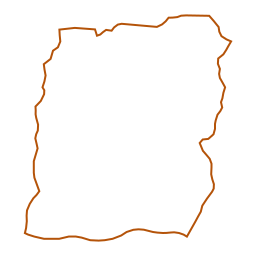 Arandu, São Paulo, Brazil
{"feature_id": "56859067B50939069677947", "entity_name": "Arandu", "entity_type": "district", "adm_level": 2, "iso_a3": "BRA", "parent_name": "Brazil", "parent_adm1": "São Paulo", "projection": "mercator", "projection_center": [-49.058, -23.176], "detail": "fine", "context": "isolated", "style": "outline", "palette": "amber", "viewbox_px": 256, "rotation_deg": 0, "n_neighbors": 0, "source": "geoboundaries", "source_scale": "gbopen_adm2", "svg_char_len": 1551}
<svg xmlns="http://www.w3.org/2000/svg" viewBox="0 0 256 256"><path d="M186.9,236.6L195.3,221.7L198.1,216.5L200.8,211.7L202.3,205.7L207.0,198.6L212.1,191.7L213.7,188.6L213.9,184.2L212.3,179.3L211.2,174.3L211.5,167.4L211.5,163.7L209.7,158.8L206.1,154.5L202.9,150.8L199.7,143.0L202.7,139.5L208.3,138.9L213.5,134.3L215.0,128.9L215.0,123.9L215.7,120.4L217.5,114.7L220.3,111.1L222.2,107.5L221.0,102.2L222.4,98.3L223.4,92.8L225.1,87.3L222.7,82.9L219.9,78.0L219.1,73.9L219.9,68.9L217.9,63.8L218.2,58.5L223.4,54.3L226.3,49.8L228.0,46.7L231.1,41.4L226.5,39.4L221.5,36.2L219.3,31.7L218.6,27.0L216.4,24.3L214.0,21.3L209.2,15.8L186.0,15.4L181.1,15.7L177.3,17.1L172.6,17.6L168.6,17.7L165.7,21.3L162.1,24.4L156.9,26.9L121.7,23.8L117.8,24.6L114.1,27.4L111.6,30.7L106.1,29.9L102.9,32.2L100.3,34.5L97.0,35.7L95.0,29.4L74.8,27.9L59.4,29.6L59.7,35.1L60.3,41.5L57.9,47.3L53.0,50.7L50.6,58.9L43.8,64.2L44.5,69.5L45.6,75.5L44.4,81.5L42.5,87.3L44.3,90.3L44.1,94.2L40.8,101.0L35.5,106.5L35.7,110.3L35.6,114.3L36.2,117.8L38.1,124.7L37.8,130.6L36.2,134.2L35.3,138.3L36.6,143.8L37.6,148.4L33.8,161.2L33.8,172.8L34.4,177.7L39.3,191.2L36.6,194.9L33.4,198.2L29.8,203.8L27.0,210.4L26.6,215.7L26.8,221.3L26.1,228.0L24.9,233.1L28.1,234.6L34.4,236.6L44.0,238.8L52.3,238.8L59.2,238.8L69.0,236.5L75.6,236.5L81.6,237.6L90.2,240.2L98.6,240.6L104.7,240.2L112.6,238.8L121.2,235.5L126.6,232.0L133.3,229.8L138.5,229.3L143.8,229.7L153.0,232.0L157.4,232.6L162.9,233.0L166.5,232.9L170.9,232.5L174.2,232.3L179.0,233.0L183.6,234.6L186.9,236.6Z" fill="none" stroke="#b45309" stroke-width="2"/></svg>